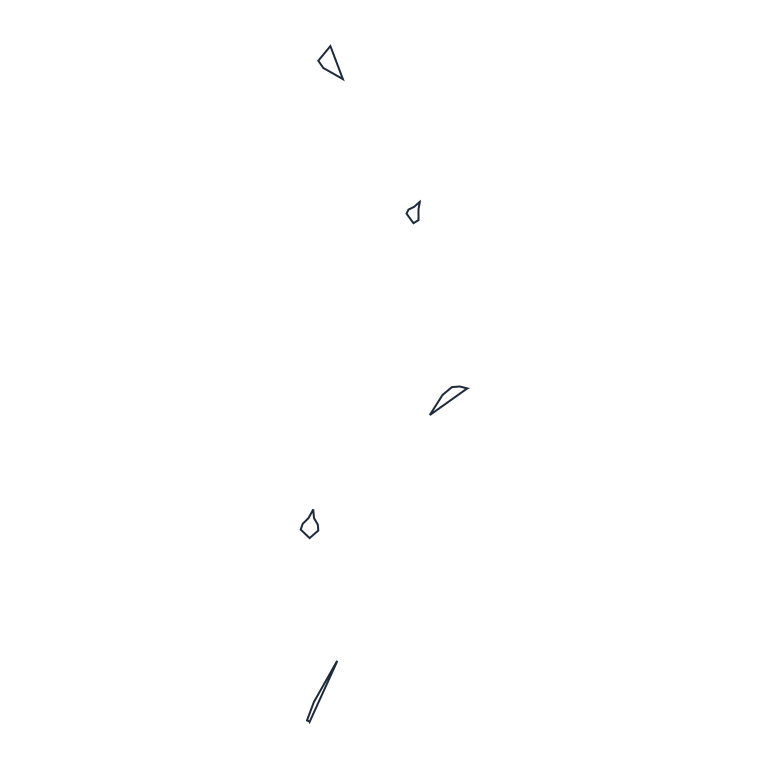 an SVG outline of Noonu
{"feature_id": "MDV-5227", "entity_name": "Noonu", "entity_type": "Atoll", "adm_level": 1, "iso_a3": "MDV", "parent_name": "Maldives", "parent_adm1": "", "projection": "natural_earth1", "projection_center": [73.406, 5.842], "detail": "fine", "context": "isolated", "style": "outline", "palette": "slate", "viewbox_px": 768, "rotation_deg": 0, "n_neighbors": 0, "source": "natural_earth", "source_scale": "10m", "svg_char_len": 630}
<svg xmlns="http://www.w3.org/2000/svg" viewBox="0 0 768 768"><path d="M330.4,46.1L342.9,79.1L323.3,68.0L318.3,60.7L330.4,46.1ZM467.3,388.4L467.1,388.5L430.6,414.5L429.8,415.0L442.5,395.0L451.9,387.1L459.7,386.5L467.3,388.4ZM313.3,509.4L313.3,510.1L314.0,518.1L317.8,524.6L318.3,530.5L309.6,538.1L300.7,529.6L302.7,523.8L308.5,518.1L313.3,509.4ZM337.2,660.8L336.3,663.2L309.6,721.9L309.4,721.5L307.7,720.7L307.0,720.4L313.9,702.0L337.2,660.8ZM419.8,201.8L419.8,202.2L418.5,209.1L418.5,209.3L418.5,215.5L418.5,220.1L413.5,223.2L406.5,213.6L408.5,209.6L414.2,206.8L419.8,201.8Z" fill="none" stroke="#1e293b" stroke-width="2"/></svg>